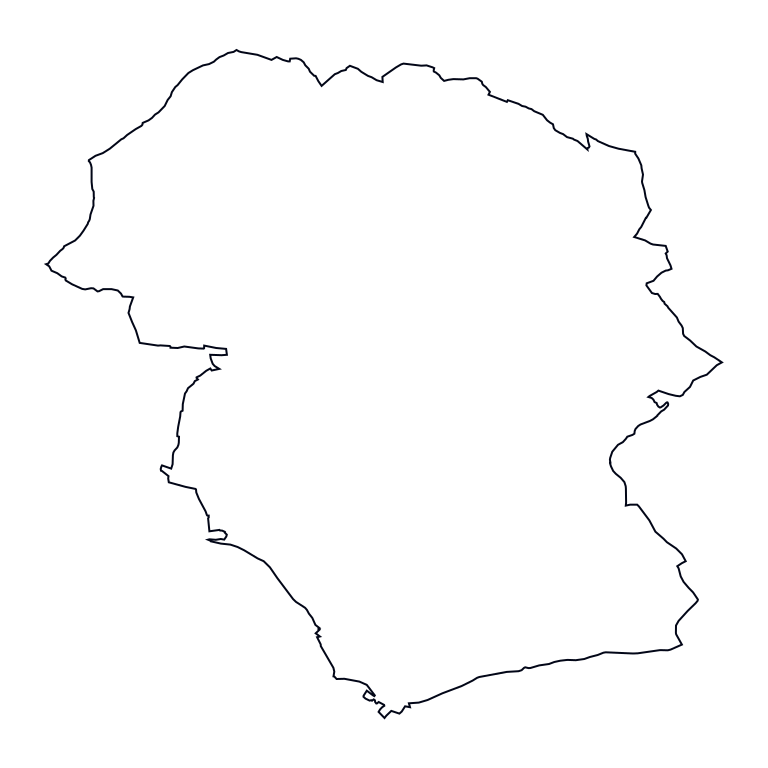 the district of Palatca, Cluj, Romania
{"feature_id": "2599482B3358887254136", "entity_name": "Palatca", "entity_type": "district", "adm_level": 2, "iso_a3": "ROU", "parent_name": "Romania", "parent_adm1": "Cluj", "projection": "natural_earth1", "projection_center": [23.989, 46.864], "detail": "fine", "context": "isolated", "style": "outline", "palette": "ink", "viewbox_px": 768, "rotation_deg": 0, "n_neighbors": 0, "source": "geoboundaries", "source_scale": "gbopen_adm2", "svg_char_len": 6006}
<svg xmlns="http://www.w3.org/2000/svg" viewBox="0 0 768 768"><path d="M649.3,520.3L638.9,506.4L637.2,504.7L630.0,504.7L625.8,505.6L626.1,502.5L625.9,488.5L625.7,486.2L624.4,482.1L620.7,477.8L615.8,473.8L613.2,471.0L611.0,466.4L610.0,463.2L610.0,462.5L610.4,462.5L609.9,459.8L610.2,457.9L612.3,451.7L618.0,444.8L622.9,442.1L625.9,438.8L627.3,436.7L632.5,434.9L634.4,433.7L634.7,431.0L635.5,429.0L638.2,426.0L640.5,424.5L650.0,420.9L653.0,419.3L657.3,415.8L657.3,415.4L661.2,411.4L664.1,409.7L668.0,405.5L668.2,404.0L667.6,402.5L667.1,402.3L666.1,402.9L663.5,405.5L660.6,407.4L659.8,407.5L658.3,406.5L657.1,404.7L656.6,403.0L654.6,402.1L653.4,399.6L651.7,398.0L648.4,397.0L649.6,396.0L656.7,392.0L658.4,390.6L668.7,394.1L675.8,395.8L679.9,396.3L682.8,394.9L684.4,392.0L690.0,386.9L693.2,380.5L700.4,376.9L706.8,374.7L716.8,365.2L721.9,362.4L714.3,357.3L710.3,355.2L705.3,351.5L696.4,346.5L690.1,340.5L684.2,336.0L683.1,333.8L682.8,328.1L681.6,325.6L678.6,321.6L676.9,317.5L668.2,307.7L667.5,306.3L664.6,303.7L664.2,302.0L662.7,301.0L661.0,298.8L659.9,296.8L657.7,293.9L655.1,294.0L651.9,293.0L646.4,285.4L646.7,283.3L653.5,280.8L657.1,276.5L661.5,272.7L665.7,270.6L668.0,270.3L671.5,268.8L670.5,265.4L667.0,258.2L666.6,255.2L665.7,253.5L667.7,251.6L665.7,245.9L653.0,244.5L650.5,243.6L645.1,240.4L634.2,237.0L637.1,233.6L639.3,229.3L641.2,227.0L645.9,217.8L646.3,217.9L650.9,210.0L649.0,207.6L648.2,205.4L645.6,197.1L644.4,190.1L642.2,182.9L642.0,181.4L643.0,174.6L641.6,168.3L641.3,165.3L638.4,158.5L635.2,153.7L635.2,151.8L618.5,148.7L608.9,146.0L597.9,141.1L596.1,139.5L594.3,138.9L586.5,134.1L586.8,136.0L587.8,138.8L588.1,141.5L589.5,146.4L588.9,147.5L587.2,148.3L587.4,149.5L577.5,141.0L574.0,139.6L572.9,138.7L567.0,137.1L563.1,134.1L559.9,132.9L555.3,130.2L553.8,128.1L553.0,124.3L550.2,122.7L547.1,120.3L542.8,114.8L534.2,111.2L531.5,109.1L528.7,108.4L525.6,106.7L522.1,106.0L518.6,103.9L507.8,100.2L506.9,101.9L488.5,94.7L489.9,91.9L485.8,87.0L483.2,85.1L482.3,83.8L481.8,81.7L477.6,78.7L476.2,78.2L473.2,78.2L469.7,78.2L463.4,79.4L453.4,79.1L448.4,79.8L444.1,80.9L440.8,77.9L439.3,75.3L436.0,72.6L433.8,71.5L433.7,70.2L434.2,68.1L432.5,67.3L426.6,65.4L421.3,65.7L403.5,63.6L401.1,64.4L396.0,67.4L382.4,76.9L382.7,82.0L376.6,80.2L371.6,77.2L368.0,75.9L361.3,71.8L357.9,68.8L349.9,65.8L346.6,68.1L345.8,70.0L341.3,71.0L337.9,73.0L334.8,74.2L321.6,85.9L318.3,81.1L315.6,75.9L314.2,75.8L310.0,71.7L308.7,68.7L305.3,65.3L303.7,62.3L300.9,59.9L298.4,58.8L296.1,58.3L290.2,58.7L289.7,61.4L288.1,61.4L282.8,59.9L276.7,57.0L271.5,59.9L257.4,54.8L241.3,52.1L239.0,51.4L236.5,50.0L233.6,51.9L228.0,53.0L223.7,55.5L219.5,57.1L216.1,59.6L213.9,61.7L209.0,64.1L203.0,65.4L192.9,70.2L188.4,73.0L182.2,79.4L177.6,85.1L175.3,87.0L171.9,92.1L170.6,96.3L167.7,99.9L164.7,106.0L158.5,112.4L155.0,114.6L152.0,117.9L148.5,120.4L142.7,122.9L142.4,124.7L141.4,125.9L135.7,129.1L127.1,135.0L123.5,138.3L121.3,139.3L109.8,148.7L102.8,153.1L95.5,155.8L88.9,160.1L88.8,161.1L90.0,162.4L91.0,164.8L91.6,167.6L91.6,182.0L92.3,189.0L93.7,191.6L93.8,197.2L94.1,197.8L93.4,200.8L93.5,205.8L90.5,214.5L89.8,219.1L89.2,220.7L88.1,222.4L87.8,223.8L83.5,230.7L79.9,235.7L75.1,240.5L64.1,246.3L63.7,247.7L62.6,249.0L60.2,250.8L56.4,254.9L53.2,257.5L50.0,260.8L48.3,263.5L46.1,264.2L49.2,266.3L51.5,270.7L57.3,273.2L61.7,276.4L65.3,277.6L65.7,278.6L65.4,279.6L65.8,280.5L72.1,284.3L82.2,288.9L85.2,289.4L91.1,288.2L93.5,288.4L97.5,291.4L99.0,291.2L103.2,289.1L111.4,289.1L117.8,290.5L121.0,293.6L122.5,296.4L122.9,296.6L129.4,296.8L133.2,297.4L129.9,306.5L129.6,309.1L128.5,312.9L132.1,322.0L135.9,330.4L139.7,342.9L158.0,345.6L160.5,345.4L169.8,346.0L170.5,346.8L170.5,347.7L177.7,348.0L184.3,346.5L198.3,348.4L203.7,348.6L204.1,348.2L204.2,345.6L216.2,348.0L226.1,348.9L226.9,354.8L221.6,355.2L210.2,354.8L210.7,358.4L212.7,363.8L214.6,366.0L219.3,368.9L211.7,370.5L210.3,368.5L206.2,370.8L200.2,375.6L196.6,377.3L196.5,377.8L197.9,379.5L194.8,381.1L193.5,383.7L188.0,388.2L186.6,391.3L185.0,393.5L182.8,404.1L182.6,410.7L180.8,411.6L180.5,412.3L180.2,416.4L178.2,426.7L177.3,433.3L177.3,436.2L179.0,436.7L178.8,442.8L178.4,444.9L177.3,447.5L174.6,450.4L173.4,452.5L172.9,455.3L172.6,464.2L171.2,468.6L162.0,465.4L161.4,466.5L160.7,469.0L161.0,470.7L162.0,471.0L168.5,476.1L168.2,478.5L168.8,482.3L185.6,486.9L195.4,488.9L196.0,489.4L196.3,492.5L198.9,498.9L205.6,511.4L206.9,515.1L207.4,515.6L208.7,515.6L208.7,517.5L208.1,518.3L209.4,531.3L219.5,529.9L220.0,530.5L222.1,530.6L224.8,531.8L225.0,532.0L224.8,532.6L226.8,534.7L226.3,536.5L224.2,539.6L220.8,539.0L215.8,539.8L209.4,539.3L208.0,539.7L210.7,540.8L210.8,541.3L220.9,543.6L230.4,544.6L237.6,547.0L244.2,550.3L257.6,558.4L263.7,561.2L269.9,567.3L277.4,578.2L293.1,599.1L296.0,601.9L305.1,607.8L306.9,609.9L308.9,613.6L312.3,617.9L315.4,624.9L319.6,628.2L318.5,629.0L319.5,629.7L315.7,633.3L319.9,636.5L317.1,637.2L320.7,644.4L320.8,646.1L333.4,667.8L334.3,671.6L333.5,676.4L334.4,676.6L336.6,679.0L344.4,678.8L359.4,681.6L366.8,684.9L374.8,695.4L374.3,696.1L373.2,695.5L366.8,690.7L363.6,695.7L363.5,696.8L365.5,698.6L369.6,700.6L371.3,700.2L372.0,700.7L373.7,699.4L374.9,700.3L375.2,702.1L376.3,703.5L377.0,703.4L378.7,702.0L384.1,704.9L384.3,705.8L382.2,707.2L380.1,709.4L378.6,711.9L384.5,718.0L386.3,715.7L391.3,710.9L399.4,713.6L401.7,711.6L405.1,706.3L410.0,707.2L408.9,703.3L418.8,702.6L427.6,700.0L442.4,693.3L461.7,686.0L472.6,680.6L477.1,677.8L479.3,677.0L506.8,671.9L518.6,671.2L521.6,670.2L524.0,667.9L525.2,667.3L528.5,668.1L530.4,668.0L539.2,665.4L549.0,664.0L554.3,662.0L560.3,660.7L567.4,659.9L575.8,660.2L584.3,659.0L589.9,657.0L597.7,655.0L603.4,652.7L605.7,652.3L633.1,653.5L637.8,653.3L660.1,650.1L667.8,650.3L670.6,649.6L681.9,644.6L676.2,634.4L675.9,633.0L676.0,625.5L678.6,620.9L687.6,611.0L695.7,603.1L697.6,600.8L697.9,599.5L693.1,592.4L688.6,587.8L683.6,581.9L680.7,576.4L678.6,568.3L677.3,566.2L681.8,563.2L685.7,561.2L682.0,554.3L676.2,548.5L666.9,542.2L663.5,538.7L655.4,531.7L649.3,520.3Z" fill="none" stroke="#020617" stroke-width="2"/></svg>